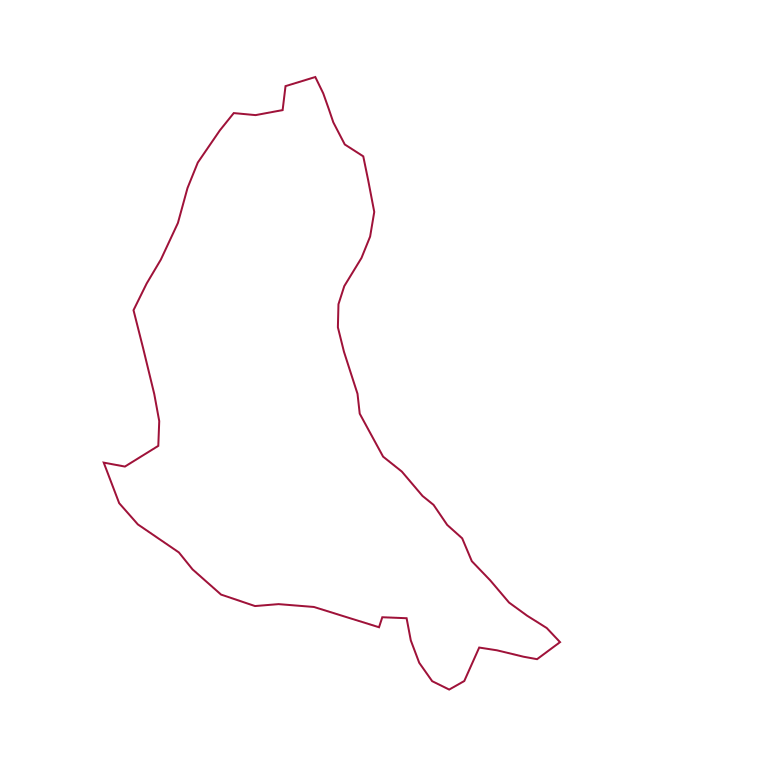 the district of Gaidouras, Cyprus, rotated 22°
{"feature_id": "46923920B93612483186560", "entity_name": "Gaidouras", "entity_type": "district", "adm_level": 2, "iso_a3": "CYP", "parent_name": "Cyprus", "parent_adm1": "", "projection": "orthographic", "projection_center": [33.809, 35.155], "detail": "fine", "context": "isolated", "style": "outline", "palette": "rose", "viewbox_px": 768, "rotation_deg": 22, "n_neighbors": 0, "source": "geoboundaries", "source_scale": "gbopen_adm2", "svg_char_len": 981}
<svg xmlns="http://www.w3.org/2000/svg" viewBox="0 0 768 768"><g transform="rotate(22 384 384)"><path d="M279.5,180.7L257.9,176.6L239.0,160.4L229.6,149.5L218.8,137.3L205.3,125.1L181.1,144.7L187.4,168.0L164.2,182.8L143.2,189.1L136.8,210.3L128.4,248.4L128.4,275.9L132.6,311.9L130.5,352.2L126.3,379.7L124.1,409.4L147.3,441.1L174.7,479.3L189.5,502.6L197.9,525.9L174.7,557.6L153.6,561.9L183.1,593.7L208.4,606.4L256.9,617.0L275.9,627.6L311.8,640.3L347.6,638.2L368.7,627.6L402.5,617.0L470.5,611.4L469.8,600.9L492.7,592.7L504.9,611.7L521.1,629.3L540.0,641.5L558.9,642.9L569.7,629.3L571.0,592.7L588.5,588.6L615.5,584.6L629.0,581.8L643.9,557.4L626.3,549.3L603.4,545.2L581.8,539.8L556.1,526.3L531.8,515.4L514.3,497.8L495.4,491.0L475.2,477.5L461.7,473.4L433.3,458.5L410.4,451.7L387.4,432.8L372.6,420.6L363.1,403.0L348.3,385.3L334.8,369.1L320.0,348.7L311.9,327.1L310.5,308.1L315.9,275.6L315.9,252.5L310.5,228.1L293.0,201.0L279.5,180.7Z" fill="none" stroke="#9f1239" stroke-width="2"/></g></svg>